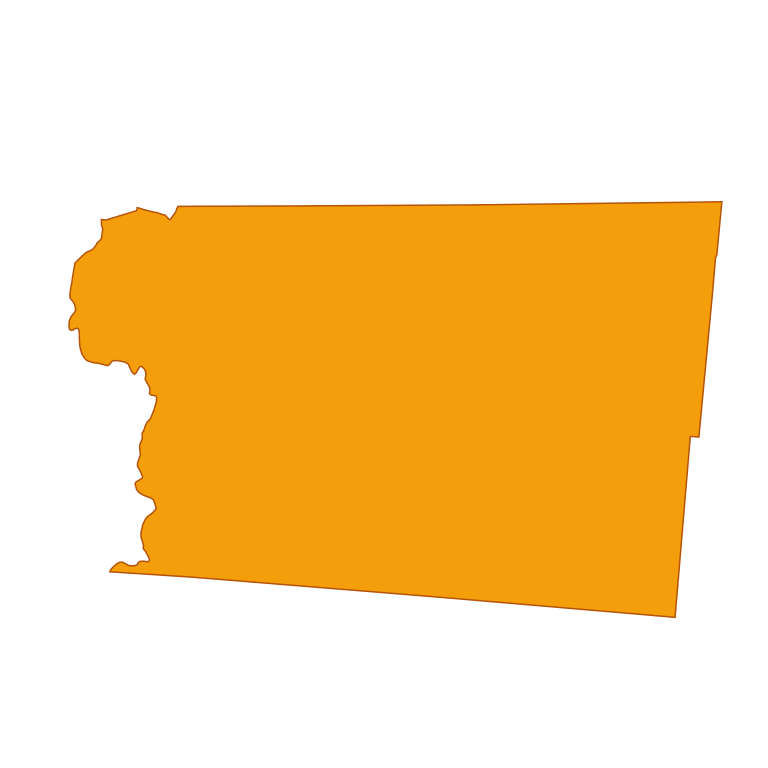 the district of Imperial, California, United States of America, rotated 185°
{"feature_id": "52423323B37240473864365", "entity_name": "Imperial", "entity_type": "district", "adm_level": 2, "iso_a3": "USA", "parent_name": "United States of America", "parent_adm1": "California", "projection": "equal_earth", "projection_center": [-114.69, 33.026], "detail": "fine", "context": "isolated", "style": "filled", "palette": "amber", "viewbox_px": 768, "rotation_deg": 185, "n_neighbors": 0, "source": "geoboundaries", "source_scale": "gbopen_adm2", "svg_char_len": 2611}
<svg xmlns="http://www.w3.org/2000/svg" viewBox="0 0 768 768"><g transform="rotate(185 384 384)"><path d="M640.7,173.0L561.4,174.8L313.9,176.4L73.7,176.9L74.3,358.5L65.7,358.6L64.7,498.9L64.7,539.0L63.7,541.6L63.3,595.0L86.5,592.6L313.6,569.9L494.9,553.0L604.7,543.0L605.4,541.5L606.2,538.4L606.6,537.0L610.1,531.2L611.6,529.1L612.0,529.1L612.8,529.5L616.7,533.2L618.4,533.3L620.7,533.8L621.3,534.0L625.0,535.0L628.4,535.2L628.6,535.2L638.6,536.8L644.2,538.1L645.2,538.0L645.3,538.0L645.2,537.5L645.6,535.1L675.1,523.2L679.9,523.2L679.3,517.9L677.9,514.3L677.7,512.9L678.0,510.0L678.0,505.5L678.3,504.3L679.1,502.8L681.7,500.0L682.4,499.0L682.6,498.0L684.3,495.0L686.3,492.4L691.6,489.4L691.8,489.3L692.6,488.8L699.7,480.8L702.4,477.5L703.7,462.1L703.7,459.8L703.7,459.7L704.7,448.1L704.7,444.9L704.5,443.0L704.2,442.3L700.5,438.4L699.4,436.8L698.5,434.4L697.7,430.8L697.8,429.9L698.7,428.0L700.4,425.7L701.6,423.5L702.3,421.8L702.9,419.9L703.0,417.6L702.9,414.4L702.3,411.6L701.6,410.7L699.6,410.1L697.9,410.9L697.6,411.7L694.7,412.8L694.1,412.8L693.0,411.9L692.5,410.6L691.9,407.6L691.3,401.7L690.3,395.2L689.1,391.5L687.9,388.4L685.8,385.1L684.4,383.5L683.8,383.0L682.4,381.7L681.1,381.2L675.3,379.9L669.5,379.7L662.3,378.3L661.0,378.3L659.7,378.9L658.5,380.4L657.2,382.6L656.4,383.3L655.3,383.7L650.9,384.1L644.0,383.2L641.2,382.0L640.3,381.2L638.0,377.0L635.9,373.8L635.1,373.0L633.4,371.9L632.2,373.0L629.8,378.0L628.8,379.7L628.0,380.3L627.0,380.3L625.9,379.7L623.7,377.6L622.6,375.5L622.0,372.6L622.3,367.6L617.4,360.5L616.6,357.8L616.5,356.2L616.8,354.3L616.6,353.7L615.2,352.8L614.4,352.6L611.9,352.5L610.5,352.2L609.8,351.6L609.3,350.1L609.2,346.8L609.9,342.7L610.9,338.3L613.6,329.3L616.2,325.9L617.4,323.6L618.4,320.6L619.2,316.9L620.4,314.7L620.6,312.9L620.0,309.4L620.5,306.8L621.7,303.3L621.9,301.2L622.0,299.8L620.8,293.9L620.6,291.9L621.6,288.1L622.6,283.8L622.6,281.8L622.3,280.5L620.8,278.0L619.0,275.7L616.4,270.3L616.4,269.7L616.9,268.9L622.3,265.0L623.2,263.5L623.1,262.4L621.3,257.4L619.9,255.7L618.4,254.4L614.5,252.5L611.2,251.4L608.0,250.6L605.4,249.7L603.9,248.7L603.3,248.2L600.2,240.7L600.2,239.9L600.7,239.0L603.1,235.7L608.1,231.3L609.2,229.9L610.3,227.6L612.0,222.9L613.1,214.9L613.0,212.8L612.7,210.4L609.5,202.4L609.6,200.3L609.5,199.3L609.1,198.5L607.0,196.4L603.4,191.0L602.5,189.1L602.4,188.2L602.5,187.7L603.1,186.9L604.5,186.2L608.1,186.6L611.7,186.0L613.2,184.7L613.6,184.1L613.7,183.1L614.0,182.5L617.0,181.1L622.5,180.9L628.5,183.6L630.7,183.6L631.9,183.3L634.4,181.7L637.5,178.6L639.7,175.8L640.7,173.0Z" fill="#f59e0b" stroke="#b45309" stroke-width="1.5"/></g></svg>